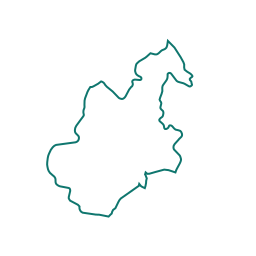 Tianjin, Robinson projection, rotated 24°
{"feature_id": "CHN-1816", "entity_name": "Tianjin", "entity_type": "Municipality", "adm_level": 1, "iso_a3": "CHN", "parent_name": "China", "parent_adm1": "", "projection": "robinson", "projection_center": [117.372, 39.408], "detail": "fine", "context": "isolated", "style": "outline", "palette": "teal", "viewbox_px": 256, "rotation_deg": 24, "n_neighbors": 0, "source": "natural_earth", "source_scale": "10m", "svg_char_len": 4084}
<svg xmlns="http://www.w3.org/2000/svg" viewBox="0 0 256 256"><g transform="rotate(24 128 128)"><path d="M189.4,149.3L186.1,149.6L182.2,150.0L178.0,151.3L171.1,156.9L166.1,161.1L164.3,162.0L162.2,161.4L162.5,163.5L163.3,164.0L164.3,165.1L165.6,166.3L166.1,168.9L166.9,171.0L167.6,174.1L167.8,176.1L164.8,176.0L163.5,175.8L161.0,174.5L161.2,175.6L161.3,175.8L161.6,176.1L150.1,195.3L149.5,197.4L149.3,199.6L149.1,206.4L147.7,208.9L147.6,211.0L147.9,212.8L147.2,214.3L146.3,216.8L137.0,218.9L133.8,220.2L121.0,223.8L119.6,223.6L118.9,223.4L118.4,223.1L117.8,222.7L117.0,222.0L116.6,221.5L116.3,221.0L115.8,220.0L115.6,219.4L113.4,218.5L104.6,217.9L102.6,216.5L102.0,215.3L100.8,209.0L100.4,208.2L99.9,207.5L99.2,207.0L98.5,206.9L97.8,207.0L89.8,208.9L89.0,209.0L87.9,209.0L86.3,208.7L85.4,208.4L84.8,208.0L84.4,207.6L83.9,207.0L82.6,204.3L82.0,203.5L81.1,202.8L80.1,202.3L78.0,201.7L74.9,200.7L72.9,199.4L71.6,198.1L70.2,196.2L69.0,194.3L68.1,192.0L66.9,188.1L66.4,185.7L66.3,183.5L66.4,179.3L67.0,176.5L67.2,175.9L67.7,174.8L67.9,174.3L68.1,174.0L69.2,172.7L85.9,162.4L86.3,162.0L86.8,161.5L87.1,160.9L87.5,160.1L87.6,159.3L87.6,158.6L87.5,158.0L87.3,157.3L87.1,156.8L86.8,156.3L86.5,155.9L86.0,155.5L84.9,155.0L83.0,154.3L82.5,154.1L82.2,153.9L81.8,153.6L81.4,153.3L81.1,152.9L80.8,152.4L80.5,151.9L80.3,151.4L79.8,149.5L79.8,148.2L79.9,146.8L81.6,138.9L82.4,135.4L82.4,134.2L82.2,133.8L81.0,132.1L80.4,130.7L80.1,129.5L80.0,127.7L79.8,126.7L79.5,126.0L78.8,124.6L77.2,120.7L76.9,119.3L76.7,118.3L76.3,111.6L76.4,109.3L76.9,105.9L78.2,105.3L78.6,105.0L79.5,104.0L82.7,99.7L84.5,96.4L85.8,96.3L87.0,96.5L87.4,96.6L88.3,97.0L89.4,97.8L91.8,98.9L99.2,100.9L107.3,104.2L108.0,104.3L108.7,104.3L110.1,104.1L110.7,103.9L111.2,103.6L111.7,103.1L112.1,102.5L112.6,101.4L112.9,100.0L113.4,92.5L113.9,90.5L114.2,89.3L114.6,88.6L114.8,87.9L114.8,87.1L114.6,86.0L114.2,85.4L113.8,84.8L113.3,84.4L113.0,83.9L112.9,83.3L113.0,82.6L113.7,81.7L114.2,81.2L114.8,80.9L118.9,79.5L119.4,79.3L119.9,78.9L120.2,78.5L120.3,77.8L120.0,77.1L119.6,76.6L119.0,76.3L118.3,76.2L116.9,76.2L115.3,76.0L114.0,75.6L113.5,75.3L113.1,75.0L112.6,74.6L111.5,73.3L111.2,72.8L110.8,71.7L109.9,68.1L109.7,66.9L109.7,66.0L110.2,64.6L111.2,62.4L115.2,56.8L116.1,55.1L118.1,50.6L122.7,49.8L123.8,49.3L124.3,49.0L124.7,48.6L125.2,47.9L125.7,47.0L126.8,44.3L127.2,43.6L127.4,43.2L129.2,41.3L129.6,40.8L130.0,40.0L130.3,39.3L130.4,38.5L130.2,36.6L129.0,32.2L137.7,35.6L147.3,41.9L151.9,45.4L153.5,47.1L154.7,49.9L156.0,51.7L159.1,52.5L162.3,52.9L163.6,53.2L165.2,53.9L165.8,54.5L165.8,55.1L164.9,56.6L164.6,57.5L164.5,58.1L165.0,58.9L166.6,59.7L167.2,60.2L167.7,61.0L168.6,62.1L168.9,62.5L168.9,63.1L168.5,63.9L168.2,64.4L167.8,64.8L167.4,65.0L166.7,65.1L161.8,64.6L160.4,64.6L155.9,65.3L154.6,65.4L153.4,65.2L152.9,65.0L145.7,61.0L145.0,60.7L144.3,60.6L143.7,60.7L143.1,61.0L142.5,61.8L142.3,62.3L142.3,62.7L142.5,63.2L143.2,64.8L143.7,66.4L143.8,67.8L143.7,68.9L142.6,74.3L142.5,75.3L142.6,76.0L142.9,77.2L144.4,80.4L144.8,83.2L145.0,86.9L145.3,89.2L145.8,89.7L146.7,90.4L147.7,91.0L148.1,91.5L148.5,92.2L149.1,95.6L149.3,96.2L149.6,96.7L150.1,97.1L150.6,97.4L153.1,98.3L153.5,98.7L154.0,99.4L154.4,100.3L154.8,102.0L154.9,103.0L154.8,103.8L154.5,104.3L154.2,104.9L153.8,105.5L153.5,106.3L153.2,107.5L153.4,108.1L153.8,108.6L154.3,108.9L157.8,110.0L158.9,110.5L159.4,110.9L159.8,111.3L160.1,111.7L161.1,113.2L161.5,113.5L162.0,113.8L162.6,113.7L163.0,113.5L163.5,113.2L163.9,112.7L164.2,112.2L164.5,111.7L164.7,111.1L164.7,110.5L164.7,109.9L164.7,109.3L164.9,108.8L165.4,108.5L165.9,108.3L166.5,108.2L167.3,108.3L167.9,108.5L170.2,109.6L170.8,109.8L171.5,110.0L172.2,110.1L172.8,110.0L174.8,109.6L176.8,109.4L177.7,109.7L178.5,110.2L179.7,111.4L180.2,112.3L180.4,113.0L180.4,113.7L180.3,114.4L179.1,117.4L178.9,118.3L177.2,123.5L177.1,124.2L177.0,125.0L177.0,126.0L177.3,126.8L177.6,127.6L178.0,128.1L178.4,128.6L179.0,129.0L186.3,132.0L187.0,132.5L187.7,133.2L188.8,134.5L189.3,135.3L189.5,136.0L189.7,137.3L189.7,139.3L189.2,145.9L189.2,146.4L189.2,147.0L189.4,149.3Z" fill="none" stroke="#0f766e" stroke-width="2"/></g></svg>